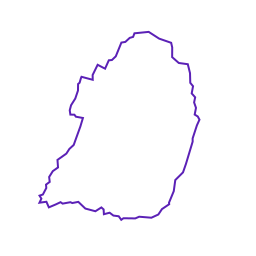 outline of Florida, Puerto Rico, rotated 16°
{"feature_id": "32010507B91189931708887", "entity_name": "Florida", "entity_type": "district", "adm_level": 2, "iso_a3": "PRI", "parent_name": "Puerto Rico", "parent_adm1": "", "projection": "natural_earth1", "projection_center": [-66.565, 18.375], "detail": "fine", "context": "isolated", "style": "outline", "palette": "violet", "viewbox_px": 256, "rotation_deg": 16, "n_neighbors": 0, "source": "geoboundaries", "source_scale": "gbopen_adm2", "svg_char_len": 1170}
<svg xmlns="http://www.w3.org/2000/svg" viewBox="0 0 256 256"><g transform="rotate(16 128 128)"><path d="M188.6,189.9L188.0,188.5L189.4,176.1L187.8,165.0L193.1,155.5L193.6,146.5L193.9,123.3L193.0,120.2L193.5,106.5L194.4,100.3L191.9,97.7L188.4,96.7L187.8,89.9L184.5,85.2L184.1,80.0L179.7,77.2L179.0,69.9L175.4,67.4L172.5,58.2L167.9,50.2L158.9,51.5L150.9,47.7L148.3,38.4L146.0,34.2L133.3,33.5L121.4,29.9L108.1,35.2L107.8,39.0L104.8,40.9L101.7,46.0L98.1,47.7L96.5,62.5L93.8,67.1L90.9,68.2L89.6,77.3L81.4,75.6L79.4,86.8L80.8,91.4L69.2,91.6L69.0,93.1L69.0,97.8L67.9,99.5L69.6,105.8L69.2,114.2L67.0,121.8L67.1,127.0L68.9,131.0L72.8,130.0L74.8,131.5L81.9,130.8L81.8,139.6L80.7,155.9L80.5,159.2L77.4,164.3L75.8,169.6L69.0,178.1L71.6,185.2L67.6,190.2L65.7,196.8L67.6,201.4L64.8,205.0L66.0,208.2L64.5,215.4L61.6,217.4L64.2,219.8L63.5,224.2L69.9,221.4L73.8,226.1L79.6,221.4L83.6,217.9L86.0,218.7L93.1,215.2L95.1,215.5L100.6,212.7L109.2,217.2L119.6,217.0L124.3,211.7L127.0,213.0L128.6,217.5L133.7,214.5L138.1,216.2L143.4,215.4L146.8,218.1L148.5,216.0L159.9,212.9L163.2,210.2L175.2,207.8L181.0,202.8L183.0,196.6L188.6,189.9Z" fill="none" stroke="#5b21b6" stroke-width="2"/></g></svg>